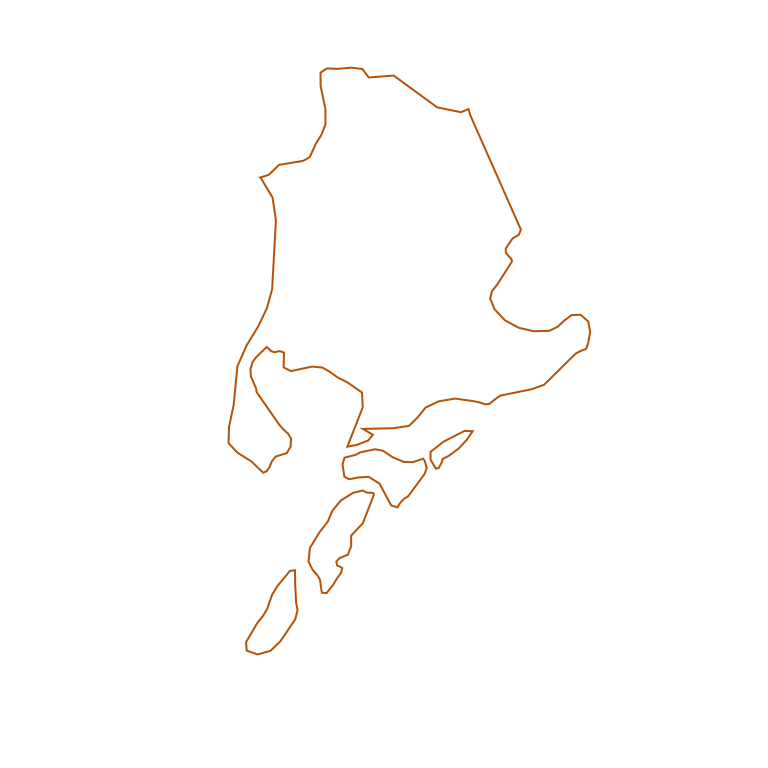 the border of Albay, rotated 108°
{"feature_id": "PHL-2536", "entity_name": "Albay", "entity_type": "Province", "adm_level": 1, "iso_a3": "PHL", "parent_name": "Philippines", "parent_adm1": "", "projection": "albers", "projection_center": [123.793, 13.252], "detail": "fine", "context": "isolated", "style": "outline", "palette": "amber", "viewbox_px": 768, "rotation_deg": 108, "n_neighbors": 0, "source": "natural_earth", "source_scale": "10m", "svg_char_len": 2600}
<svg xmlns="http://www.w3.org/2000/svg" viewBox="0 0 768 768"><g transform="rotate(108 384 384)"><path d="M288.3,202.7L291.3,206.6L295.8,211.1L335.1,231.4L343.2,241.7L359.0,269.6L361.8,272.0L370.2,277.5L372.0,280.9L372.0,288.0L372.6,293.4L375.9,311.9L383.5,326.5L393.6,337.2L404.9,341.5L416.1,347.3L423.1,361.3L433.2,390.2L435.7,378.9L442.5,381.5L450.2,390.8L454.9,399.5L412.7,397.0L398.9,402.3L393.7,419.6L392.0,430.6L389.1,439.4L387.4,447.8L389.7,457.9L400.5,476.5L399.2,484.6L385.0,488.8L385.0,493.6L387.7,498.2L387.6,501.5L385.0,507.0L398.5,514.1L403.8,515.8L411.5,515.5L418.0,512.9L427.6,504.4L431.1,502.6L454.9,471.3L458.4,465.4L460.9,459.8L464.7,455.5L472.3,453.5L479.7,455.1L486.5,464.6L492.3,466.8L498.7,467.2L503.3,468.7L505.7,471.5L498.6,486.2L494.7,501.9L488.3,513.6L472.8,518.1L450.5,520.5L412.3,528.9L389.8,526.6L367.9,521.4L348.1,518.8L328.3,519.7L261.7,537.4L241.1,547.6L226.3,564.6L225.9,565.6L220.7,558.3L208.0,551.5L196.7,529.7L191.0,524.7L176.7,523.1L166.0,520.5L155.1,519.9L140.6,524.7L120.3,536.3L107.4,540.6L101.5,535.8L98.5,525.1L93.3,513.1L91.1,501.9L97.2,493.3L87.7,470.1L104.5,418.8L101.7,394.7L96.4,388.6L101.4,385.3L194.9,301.5L200.5,301.9L205.8,306.7L217.5,310.1L221.5,308.6L223.8,305.0L225.7,301.5L227.9,300.1L254.6,307.1L262.3,310.0L269.9,309.5L278.7,302.0L286.1,288.6L288.9,273.3L287.5,257.7L282.3,243.2L276.0,236.6L267.7,232.0L260.5,226.8L257.4,218.4L261.4,209.0L270.9,204.0L282.6,202.4L288.3,202.7ZM601.7,378.6L593.3,382.8L589.8,384.5L586.4,388.4L582.7,394.6L576.2,400.9L571.9,401.8L563.0,403.8L557.9,402.6L545.5,399.7L532.0,394.9L520.3,393.9L508.2,389.1L497.1,379.8L492.0,371.6L492.6,366.1L491.3,362.5L491.1,360.2L492.0,359.7L492.5,359.4L523.0,361.1L538.4,368.4L543.8,366.6L548.3,365.1L556.8,365.6L557.6,365.6L558.3,366.5L563.1,372.3L567.5,374.5L571.1,372.6L571.3,369.7L572.0,366.8L577.1,366.5L582.7,368.4L590.8,370.4L600.6,374.0L601.3,377.0L601.7,378.6ZM477.0,369.8L481.0,379.9L485.4,387.8L484.3,393.1L473.2,398.6L466.3,398.8L460.0,388.9L456.3,385.4L448.8,372.3L447.8,364.3L450.9,353.4L452.0,341.3L449.5,332.6L442.9,323.6L445.0,321.1L450.6,317.4L457.0,317.6L483.2,326.3L487.0,329.5L491.7,331.7L497.2,333.2L497.2,339.7L480.1,357.5L477.0,369.8ZM641.5,427.3L633.6,425.6L619.3,425.3L609.2,423.0L590.8,415.7L588.6,411.1L600.8,407.0L619.4,399.9L625.6,396.4L635.2,395.7L660.6,403.0L672.8,409.5L680.3,420.7L680.0,432.2L672.1,435.4L650.2,430.6L641.5,427.3ZM420.5,309.6L403.7,292.9L401.5,285.1L411.5,288.0L422.2,293.0L432.5,300.3L437.0,305.0L440.5,304.9L446.8,305.9L448.5,308.5L441.6,316.3L434.2,318.8L420.5,309.6Z" fill="none" stroke="#b45309" stroke-width="2"/></g></svg>